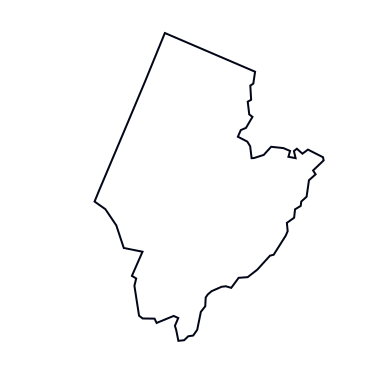 the district of Saratoga, New York, United States of America, rotated 30°
{"feature_id": "52423323B97730067298662", "entity_name": "Saratoga", "entity_type": "district", "adm_level": 2, "iso_a3": "USA", "parent_name": "United States of America", "parent_adm1": "New York", "projection": "robinson", "projection_center": [-73.751, 43.087], "detail": "fine", "context": "isolated", "style": "outline", "palette": "ink", "viewbox_px": 384, "rotation_deg": 30, "n_neighbors": 0, "source": "geoboundaries", "source_scale": "gbopen_adm2", "svg_char_len": 1076}
<svg xmlns="http://www.w3.org/2000/svg" viewBox="0 0 384 384"><g transform="rotate(30 192 192)"><path d="M259.3,324.3L260.9,318.8L264.8,315.7L265.4,308.7L259.6,291.4L260.6,284.3L256.6,276.5L256.9,272.8L258.6,268.0L265.1,259.2L268.5,256.7L273.9,255.4L275.3,243.0L282.8,237.9L287.4,226.5L291.4,208.1L294.1,205.5L295.0,182.9L294.4,178.0L289.6,171.3L293.3,163.2L289.9,155.5L293.1,149.7L291.4,145.6L293.6,138.8L287.4,123.3L290.2,114.9L286.1,112.8L290.2,98.8L288.1,96.4L271.2,97.3L268.5,103.6L261.2,102.1L259.8,105.6L264.8,110.9L257.9,113.3L256.4,107.4L249.1,108.3L237.9,113.3L235.6,124.0L228.7,131.6L226.7,132.9L219.5,123.3L214.7,120.7L204.1,121.2L203.3,114.0L206.7,109.5L206.8,96.7L202.8,96.2L195.1,85.9L197.1,82.6L189.3,70.7L190.9,67.5L186.5,56.3L89.0,67.9L96.0,119.1L101.5,162.7L110.8,237.2L111.0,238.8L112.4,249.0L125.6,250.2L143.2,258.8L160.9,274.6L179.0,268.5L181.9,294.7L186.9,294.8L189.0,302.0L208.0,325.6L212.5,326.2L222.9,320.4L226.8,323.1L238.1,308.5L243.1,308.0L244.1,316.4L247.4,319.5L254.6,327.7L259.3,324.3Z" fill="none" stroke="#020617" stroke-width="2"/></g></svg>